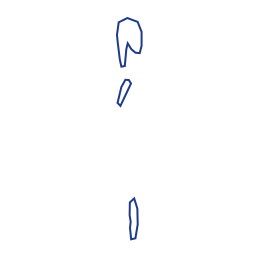 the District of Ragged Island, rotated 202°
{"feature_id": "BHS-5034", "entity_name": "Ragged Island", "entity_type": "District", "adm_level": 1, "iso_a3": "BHS", "parent_name": "The Bahamas", "parent_adm1": "", "projection": "albers", "projection_center": [-75.761, 22.282], "detail": "fine", "context": "isolated", "style": "outline", "palette": "blue", "viewbox_px": 256, "rotation_deg": 202, "n_neighbors": 0, "source": "natural_earth", "source_scale": "10m", "svg_char_len": 544}
<svg xmlns="http://www.w3.org/2000/svg" viewBox="0 0 256 256"><g transform="rotate(202 128 128)"><path d="M169.7,203.7L173.1,210.2L176.2,222.5L169.8,229.7L158.8,230.0L151.4,222.2L146.2,209.3L145.2,201.8L149.3,200.6L154.6,202.4L160.0,206.4L159.1,200.5L154.2,184.3L157.1,182.4L161.4,188.7L169.7,203.7ZM90.4,42.1L93.8,47.7L98.4,59.7L95.9,65.0L89.1,56.7L82.9,42.3L79.8,28.5L83.4,26.0L88.7,36.1L90.4,42.1ZM148.5,171.7L145.2,172.8L141.9,170.4L143.3,145.7L147.1,147.4L149.5,163.4L148.5,171.7Z" fill="none" stroke="#1e3a8a" stroke-width="2"/></g></svg>